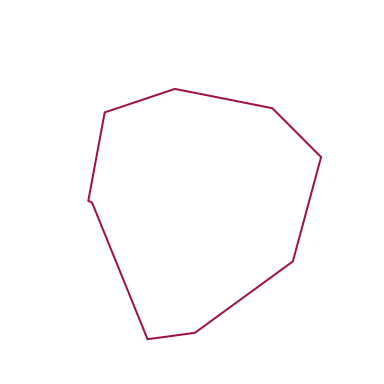 the district of Fond Canie, Castries, Saint Lucia, rotated 323°
{"feature_id": "8701671B84491224846423", "entity_name": "Fond Canie", "entity_type": "district", "adm_level": 2, "iso_a3": "LCA", "parent_name": "Saint Lucia", "parent_adm1": "Castries", "projection": "mercator", "projection_center": [-60.96, 13.992], "detail": "fine", "context": "isolated", "style": "outline", "palette": "rose", "viewbox_px": 384, "rotation_deg": 323, "n_neighbors": 0, "source": "geoboundaries", "source_scale": "gbopen_adm2", "svg_char_len": 283}
<svg xmlns="http://www.w3.org/2000/svg" viewBox="0 0 384 384"><g transform="rotate(323 192 192)"><path d="M103.9,136.6L105.8,140.3L67.9,282.8L109.6,306.2L230.8,308.1L316.1,241.8L306.6,173.5L240.3,99.3L170.2,75.9L103.9,136.6Z" fill="none" stroke="#9f1239" stroke-width="2"/></g></svg>